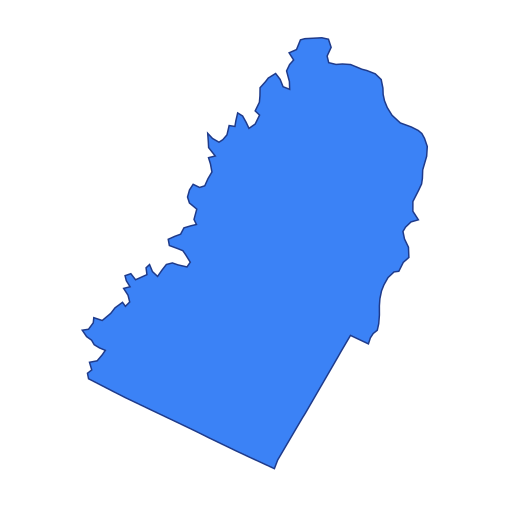 outline of Quinta do Sol, Paraná, Brazil, rotated 356°
{"feature_id": "56859067B56550779588971", "entity_name": "Quinta do Sol", "entity_type": "district", "adm_level": 2, "iso_a3": "BRA", "parent_name": "Brazil", "parent_adm1": "Paraná", "projection": "robinson", "projection_center": [-52.151, -23.826], "detail": "fine", "context": "isolated", "style": "filled", "palette": "blue", "viewbox_px": 512, "rotation_deg": 356, "n_neighbors": 0, "source": "geoboundaries", "source_scale": "gbopen_adm2", "svg_char_len": 2093}
<svg xmlns="http://www.w3.org/2000/svg" viewBox="0 0 512 512"><g transform="rotate(356 256 256)"><path d="M80.4,366.8L104.8,381.6L115.8,388.2L141.4,402.7L176.3,422.4L184.0,426.8L196.9,434.4L222.1,448.8L234.5,455.7L259.5,469.4L263.4,461.0L291.1,420.6L294.3,416.2L330.9,362.1L334.2,357.1L344.7,341.8L362.0,351.5L364.4,345.6L367.5,341.5L371.8,338.5L373.7,332.1L375.0,323.5L375.6,314.3L376.6,307.3L378.8,299.5L381.6,293.7L386.2,286.7L392.6,281.5L397.4,281.2L402.5,272.6L408.4,268.1L408.7,257.9L405.3,249.3L404.3,241.8L407.2,237.6L413.0,232.8L420.5,231.2L415.6,222.3L416.3,212.6L422.8,201.8L426.2,195.7L427.4,190.2L428.3,181.7L433.2,168.4L434.5,158.7L432.3,150.4L430.0,145.4L426.6,142.1L419.9,138.1L409.2,133.3L401.5,125.1L397.3,117.1L395.0,110.1L394.1,103.7L394.3,97.3L393.2,88.7L387.7,82.6L379.5,78.7L374.7,77.1L363.7,71.6L355.6,70.5L349.2,70.5L342.0,68.2L340.9,61.5L345.5,53.1L343.4,44.8L336.9,42.9L319.9,42.6L315.4,43.5L310.8,52.9L303.2,55.6L307.2,63.1L302.9,67.3L299.4,73.5L301.5,84.3L301.2,92.1L294.8,89.0L292.4,81.5L288.3,75.3L280.7,79.3L277.5,82.9L271.8,88.4L271.1,96.6L270.1,102.9L265.3,111.2L269.4,115.7L264.4,124.3L257.9,128.2L255.5,122.0L252.4,115.4L247.7,112.0L245.4,119.5L244.0,125.3L238.3,124.0L235.5,133.1L231.1,137.6L227.0,139.9L220.8,135.7L216.4,130.3L216.4,138.7L216.3,144.6L222.3,153.4L215.5,154.6L217.0,161.0L217.9,169.1L213.5,175.5L209.8,182.4L204.5,183.7L198.3,180.1L194.3,185.4L191.8,192.4L193.3,198.5L200.2,205.1L196.7,215.2L198.8,220.4L193.3,221.3L186.1,222.9L182.3,229.0L176.4,230.7L169.6,233.2L170.3,239.5L178.5,243.2L183.4,245.6L185.9,249.8L190.0,257.6L186.4,262.1L177.5,259.4L172.1,257.1L166.0,258.2L161.4,263.3L156.4,269.5L151.6,264.3L149.2,257.1L145.5,260.1L145.9,267.0L134.2,271.3L129.9,264.9L124.0,266.5L124.9,271.6L128.2,277.9L121.7,279.1L125.6,286.2L126.8,293.1L122.2,297.1L119.6,292.9L111.7,297.9L107.2,303.0L103.5,305.7L98.1,309.6L89.9,306.2L89.0,311.3L83.8,317.4L77.5,317.9L81.4,324.6L86.1,328.5L88.4,333.2L93.5,336.8L99.1,339.6L95.6,344.0L90.2,349.5L82.5,350.4L84.2,358.2L79.7,361.2L80.4,366.8Z" fill="#3b82f6" stroke="#1e3a8a" stroke-width="1.5"/></g></svg>